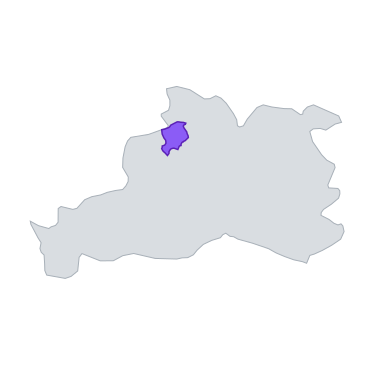 location of Novo Mesto within Slovenia, rotated 188°
{"feature_id": "SVN-212", "entity_name": "Novo Mesto", "entity_type": "Municipality", "adm_level": 1, "iso_a3": "SVN", "parent_name": "Slovenia", "parent_adm1": "", "projection": "orthographic", "projection_center": [15.192, 45.803], "detail": "fine", "context": "in_parent", "style": "filled", "palette": "violet", "viewbox_px": 384, "rotation_deg": 188, "n_neighbors": 0, "source": "natural_earth", "source_scale": "10m", "svg_char_len": 2610}
<svg xmlns="http://www.w3.org/2000/svg" viewBox="0 0 384 384"><g transform="rotate(188 192 192)"><path d="M348.1,140.6L339.3,137.3L328.7,135.9L326.7,137.9L322.5,139.9L320.4,143.4L322.2,157.0L319.7,159.4L307.6,158.2L303.7,159.8L297.2,169.4L290.6,173.4L282.0,176.4L275.8,179.9L267.8,182.9L261.0,184.8L258.3,188.9L256.7,193.5L257.2,198.0L264.1,206.7L265.1,216.0L264.5,227.5L262.9,233.6L260.2,237.6L243.0,243.0L225.2,252.4L224.8,254.5L233.0,262.8L233.3,264.9L226.6,269.7L225.9,274.4L226.7,279.9L230.3,285.6L231.6,290.7L221.8,294.4L208.4,293.0L192.7,285.9L187.2,286.9L181.8,290.6L176.3,289.0L170.4,284.6L161.9,275.4L157.8,269.8L156.2,263.9L153.9,263.0L150.3,264.7L147.4,271.9L139.4,284.7L133.6,288.2L124.8,287.3L112.5,287.4L104.8,288.3L95.5,283.7L93.2,284.5L93.1,287.5L89.6,292.2L83.8,295.2L57.3,287.7L53.6,281.8L59.7,279.2L68.1,271.9L73.8,272.8L80.7,271.4L83.8,268.3L79.6,258.7L68.8,246.9L63.0,242.3L55.0,239.3L53.7,236.1L58.5,217.8L57.2,215.1L48.0,215.8L45.9,213.9L45.3,210.7L46.0,206.3L52.3,199.3L59.3,193.1L61.2,189.6L61.0,186.8L52.3,183.8L47.1,180.8L42.9,179.7L40.0,181.2L37.9,179.4L35.9,174.0L38.2,166.0L46.2,158.8L54.8,152.3L62.2,147.6L66.5,145.6L68.6,137.4L73.0,138.4L81.7,139.0L91.3,141.0L100.3,143.4L108.2,146.5L124.8,149.7L139.9,151.7L144.5,153.5L148.2,153.4L152.8,155.9L155.6,154.0L157.5,150.7L165.8,146.8L173.5,141.7L178.8,135.2L181.9,130.0L187.1,126.4L192.7,125.4L197.7,123.5L219.2,121.1L241.2,123.0L251.7,119.3L260.3,113.0L272.9,111.1L273.5,111.1L292.4,115.7L293.9,112.9L294.7,111.7L294.2,97.9L300.0,91.6L305.5,88.8L324.3,89.5L326.8,93.7L327.9,100.2L329.7,109.0L332.9,111.3L334.7,114.8L334.4,120.8L338.2,125.3L347.0,137.5L348.1,140.6Z" fill="#d9dde1" stroke="#a8b0b8" stroke-width="1"/><path d="M230.7,249.5L227.9,250.4L223.9,252.7L223.0,253.7L222.5,255.1L222.4,255.2L220.3,256.7L216.6,259.3L215.9,259.5L214.6,259.6L213.1,259.5L210.1,259.7L207.7,259.3L208.0,258.1L208.7,257.7L209.0,257.5L209.3,257.3L209.4,257.0L209.6,256.7L209.8,256.1L209.5,255.4L208.9,254.4L205.5,250.7L205.3,250.0L205.0,249.2L203.7,247.2L203.2,245.4L206.0,241.8L207.1,241.2L207.6,240.4L208.4,240.2L208.7,239.7L209.0,239.2L209.3,238.5L209.4,238.0L209.5,237.5L209.4,237.1L209.3,236.5L209.5,236.3L210.0,236.3L210.3,236.2L211.0,235.6L211.9,232.1L216.0,232.9L217.1,232.6L218.5,232.0L219.3,231.2L220.4,228.8L220.3,228.2L220.2,227.6L220.2,226.9L221.4,224.7L224.4,227.2L225.3,227.7L226.4,228.5L227.3,229.6L227.8,230.4L228.1,230.9L227.7,231.9L227.9,233.4L225.6,234.6L225.2,235.4L224.6,236.6L224.9,238.3L225.4,239.7L227.3,241.6L229.6,245.2L230.6,249.1L230.7,249.4L230.7,249.5Z" fill="#8b5cf6" stroke="#5b21b6" stroke-width="1.5"/></g></svg>